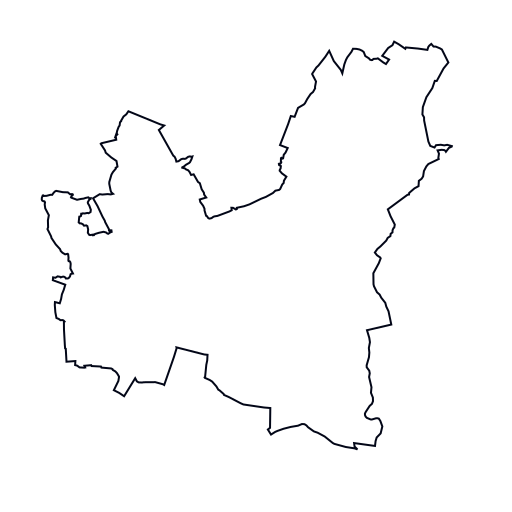 the district of Benesat, Salaj, Romania, rotated 85°
{"feature_id": "2599482B99143451479109", "entity_name": "Benesat", "entity_type": "district", "adm_level": 2, "iso_a3": "ROU", "parent_name": "Romania", "parent_adm1": "Salaj", "projection": "mercator", "projection_center": [23.261, 47.406], "detail": "fine", "context": "isolated", "style": "outline", "palette": "ink", "viewbox_px": 512, "rotation_deg": 85, "n_neighbors": 0, "source": "geoboundaries", "source_scale": "gbopen_adm2", "svg_char_len": 6059}
<svg xmlns="http://www.w3.org/2000/svg" viewBox="0 0 512 512"><g transform="rotate(85 256 256)"><path d="M130.7,400.9L137.7,397.2L140.0,396.7L145.2,391.6L149.2,386.7L154.9,386.2L155.9,388.1L156.7,388.0L159.9,391.2L162.3,392.9L169.5,395.7L171.3,395.9L178.3,395.1L180.1,394.5L181.6,393.0L182.0,395.3L181.4,398.4L181.4,403.7L180.8,406.3L184.3,413.3L192.5,409.5L203.4,405.5L207.6,403.6L209.1,403.3L216.4,400.2L217.9,400.2L218.1,400.0L217.7,398.8L217.8,397.8L219.4,397.7L219.7,398.9L221.0,401.3L220.6,402.2L219.5,403.3L218.6,405.8L219.2,410.5L219.9,413.8L220.2,414.8L221.1,415.6L221.1,416.6L220.5,416.6L220.7,419.5L220.4,420.3L218.2,421.5L214.9,420.9L211.5,421.4L210.7,422.4L210.8,424.7L209.2,425.8L208.2,427.6L208.2,428.6L207.1,429.7L201.7,428.7L201.4,428.6L201.4,428.0L200.8,426.8L198.9,426.5L199.1,426.0L198.4,425.4L198.7,422.8L198.4,420.3L198.8,419.0L197.8,417.0L195.6,416.5L191.2,417.7L189.0,418.8L187.8,418.9L185.3,417.2L184.6,415.7L184.0,415.6L184.1,417.0L183.0,417.8L183.0,418.3L183.3,420.7L183.8,422.7L183.9,425.4L184.4,429.4L181.8,434.9L181.4,435.2L180.4,434.6L179.1,433.1L178.7,433.2L178.6,433.8L178.3,433.9L178.3,435.8L176.2,437.9L175.6,442.8L173.7,449.4L174.2,450.7L175.4,452.1L177.3,453.7L177.1,455.3L177.8,459.4L177.7,462.2L177.1,462.5L177.1,463.2L179.4,464.3L181.1,464.5L182.1,464.2L182.9,463.1L183.1,462.0L184.1,461.5L186.2,462.0L190.2,461.8L197.3,458.8L202.4,460.2L209.3,460.6L211.0,461.4L218.6,458.4L220.2,458.2L227.0,454.5L232.1,450.6L234.0,450.1L235.9,448.5L237.7,446.0L237.4,443.4L237.9,443.0L241.3,442.9L244.0,443.3L244.8,443.1L245.0,442.1L246.0,441.5L247.7,441.3L252.3,442.0L257.5,439.9L257.6,441.4L258.0,442.3L260.2,443.1L261.7,444.6L262.0,445.5L261.8,447.4L260.8,447.8L259.8,449.3L259.8,450.7L260.3,452.4L259.7,452.9L259.0,455.4L260.2,457.7L259.6,460.0L262.4,460.5L268.0,448.5L273.0,450.5L277.3,452.7L281.8,453.9L286.0,455.6L284.4,460.3L287.2,460.7L294.5,460.8L300.4,460.2L301.5,458.0L302.9,456.4L303.0,454.1L303.6,453.2L304.6,452.5L304.8,453.1L312.6,453.7L328.3,454.2L331.4,454.2L331.8,453.6L344.8,454.0L344.9,445.1L348.9,445.7L349.7,443.6L351.6,441.5L352.3,436.7L352.2,435.9L350.4,436.5L350.4,429.7L351.3,429.4L352.6,420.1L353.7,419.7L355.4,410.1L356.2,408.8L357.0,408.6L358.7,406.2L360.6,404.7L364.1,403.0L365.0,403.1L368.5,404.0L377.3,409.3L380.4,404.3L384.2,399.6L367.2,387.0L370.5,385.6L371.7,383.9L372.1,380.6L372.0,378.6L372.9,367.3L375.7,359.8L376.5,358.7L349.5,346.6L340.9,343.1L340.1,343.2L349.6,316.1L350.2,312.9L355.8,313.7L360.1,315.0L371.8,317.2L372.5,317.8L372.9,317.6L375.5,312.9L377.3,310.6L382.5,306.8L385.9,305.2L386.6,304.1L390.7,300.2L391.6,300.0L394.0,295.6L401.3,284.2L402.8,281.5L407.6,261.3L408.7,255.0L428.4,257.0L429.9,259.3L435.2,256.6L432.9,252.2L432.1,249.8L430.5,243.6L429.3,236.3L428.7,228.9L427.4,224.9L427.6,223.4L427.8,222.3L429.2,220.5L431.1,219.1L435.8,213.6L437.4,210.0L441.8,203.3L449.0,195.8L450.0,194.3L454.1,183.2L456.2,174.6L457.5,171.8L454.4,174.4L450.9,174.6L455.6,154.0L450.8,153.0L447.3,151.6L443.6,147.3L436.8,145.0L431.2,146.5L428.7,147.8L428.2,149.2L428.1,150.5L429.0,154.9L428.8,156.1L426.9,159.7L425.5,160.8L423.9,161.3L422.4,161.2L420.8,160.2L415.2,155.8L413.4,153.4L410.8,152.1L407.2,151.9L402.3,153.4L396.8,152.4L386.4,153.9L382.8,152.9L380.1,153.2L376.5,155.4L374.5,155.3L366.7,152.3L362.1,151.5L357.5,151.6L351.8,150.0L347.4,150.3L339.6,151.9L336.1,127.2L322.6,128.8L317.8,130.6L313.9,131.3L308.4,134.9L305.2,136.2L302.7,138.6L296.4,141.1L294.4,141.4L283.4,140.6L273.9,134.3L269.2,132.0L268.3,132.4L265.8,135.4L262.9,137.3L259.5,134.4L257.3,131.2L252.0,124.9L249.4,123.2L247.9,120.4L245.6,119.9L244.4,118.0L242.2,117.7L240.3,116.7L239.7,115.8L236.8,115.0L228.1,118.5L221.0,120.6L208.2,99.7L208.1,98.2L206.5,97.9L202.4,92.2L200.6,88.0L195.3,87.2L193.5,84.3L191.3,82.6L186.0,81.3L181.6,78.5L179.4,76.3L175.3,65.5L174.1,65.8L170.0,64.8L166.6,65.9L166.4,61.7L166.9,59.2L167.8,58.1L168.7,57.7L165.1,54.4L164.1,51.5L163.6,51.3L161.9,55.9L162.2,58.8L161.3,62.2L161.3,67.0L163.5,68.7L161.5,72.8L157.0,74.3L135.7,76.7L132.5,76.5L129.5,77.9L122.2,76.8L112.6,72.4L104.1,65.7L97.1,62.6L97.4,60.7L85.5,52.8L80.0,47.5L66.5,52.8L65.2,54.6L63.1,58.6L62.8,60.9L60.0,62.9L61.5,65.0L62.7,66.1L65.6,67.3L63.5,76.4L61.3,88.5L62.6,89.2L57.4,95.5L54.5,99.7L57.9,101.7L60.3,106.2L67.6,112.8L71.9,106.3L76.1,109.8L74.3,112.3L69.7,117.4L70.0,118.4L69.9,121.8L70.9,123.0L70.9,124.0L70.3,125.4L69.0,126.2L66.3,129.7L62.2,130.9L60.7,132.5L59.3,134.9L58.4,137.9L58.0,141.3L60.9,143.1L66.0,147.7L68.5,149.3L72.8,151.3L81.6,154.1L78.0,155.3L68.6,161.5L58.0,165.2L63.6,169.6L71.7,177.2L73.4,179.4L79.3,184.1L79.7,184.2L87.4,181.0L92.8,182.5L94.1,182.5L97.6,184.9L99.4,187.5L104.0,191.2L108.1,193.9L109.2,195.1L112.1,201.2L120.7,205.4L119.6,209.1L127.4,212.5L147.6,222.4L151.2,215.0L155.6,217.6L157.5,219.5L161.1,220.5L161.3,221.1L160.4,222.1L160.7,222.6L164.0,223.0L164.7,222.6L165.5,223.0L165.9,223.5L166.0,224.9L166.2,225.2L167.5,225.0L168.3,223.5L168.7,223.4L171.0,223.9L172.0,224.7L173.1,225.0L175.9,223.0L179.6,218.8L183.4,221.6L185.7,222.1L187.0,223.6L191.4,226.1L192.2,227.3L192.6,231.0L194.7,233.6L198.0,241.0L199.4,245.9L204.0,258.0L205.4,263.6L206.3,270.9L207.4,270.9L207.9,272.0L206.0,274.7L205.8,276.3L208.3,276.2L209.3,278.6L212.7,290.9L212.9,293.8L213.2,295.0L214.4,297.0L214.7,299.1L214.5,299.6L213.9,300.4L212.0,301.4L211.6,302.2L206.2,303.3L204.4,303.2L201.3,304.3L197.3,306.8L194.8,307.1L193.4,300.5L190.3,302.3L188.4,302.4L184.8,304.3L178.6,305.6L177.2,307.3L169.2,311.0L169.6,313.6L166.4,314.9L164.6,316.2L163.7,318.1L162.7,319.0L161.6,321.8L161.2,321.7L160.6,320.1L159.0,317.8L157.5,314.5L156.8,313.6L154.1,311.9L151.3,310.7L151.5,312.0L151.0,313.1L151.3,315.0L152.9,317.5L153.0,319.1L152.7,320.1L153.0,322.0L154.8,324.9L155.0,327.1L152.1,327.6L149.9,328.5L148.9,329.6L147.0,330.5L122.0,341.8L118.0,336.1L116.5,339.9L100.7,370.5L103.6,372.9L105.5,375.8L109.5,378.6L110.0,378.6L110.9,379.8L114.1,380.5L115.4,381.6L119.2,383.4L121.7,384.1L122.7,383.5L123.7,384.6L123.1,384.9L125.6,386.0L125.8,385.2L128.0,385.1L130.2,400.2L130.7,400.9Z" fill="none" stroke="#020617" stroke-width="2"/></g></svg>